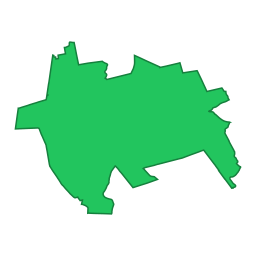 the district of Baneasa, Giurgiu, Romania
{"feature_id": "2599482B8826706360299", "entity_name": "Baneasa", "entity_type": "district", "adm_level": 2, "iso_a3": "ROU", "parent_name": "Romania", "parent_adm1": "Giurgiu", "projection": "natural_earth1", "projection_center": [26.067, 44.052], "detail": "fine", "context": "isolated", "style": "filled", "palette": "green", "viewbox_px": 256, "rotation_deg": 0, "n_neighbors": 0, "source": "geoboundaries", "source_scale": "gbopen_adm2", "svg_char_len": 5514}
<svg xmlns="http://www.w3.org/2000/svg" viewBox="0 0 256 256"><path d="M111.5,213.9L111.9,212.9L111.8,212.1L111.9,211.4L112.2,209.3L112.6,207.7L113.7,204.6L113.7,204.0L113.2,202.8L112.4,200.5L112.1,200.1L111.7,199.7L111.2,199.4L110.8,199.3L109.0,198.9L107.1,198.3L106.0,197.8L105.4,197.5L105.0,197.3L104.6,196.9L104.2,196.5L103.9,196.1L103.6,195.7L103.4,195.2L103.3,194.8L103.1,194.3L103.1,193.8L103.2,193.4L103.3,193.0L103.4,192.6L103.5,192.4L104.4,191.3L105.7,189.0L106.1,188.2L106.5,187.2L106.8,186.4L107.0,185.9L107.1,185.6L107.2,185.4L107.8,184.7L108.3,184.0L108.5,183.7L108.6,183.4L108.8,183.0L108.9,182.7L109.0,182.4L108.9,181.3L109.1,180.1L109.2,179.5L109.2,178.4L110.1,175.6L110.6,173.7L110.7,173.0L110.9,172.7L111.2,171.9L111.5,171.1L112.3,170.0L113.3,168.6L115.2,166.0L115.7,166.3L115.9,166.6L117.1,167.8L117.7,168.4L119.0,170.1L119.5,170.9L121.7,173.4L122.9,174.9L129.5,183.2L133.0,187.6L137.4,186.2L140.8,185.1L144.3,184.0L146.9,183.2L157.5,179.4L154.4,176.8L154.2,176.7L153.5,176.6L152.4,176.5L151.2,176.3L151.0,176.2L150.4,176.0L149.7,175.5L148.4,174.1L147.5,173.1L145.1,170.5L144.2,169.4L143.6,168.9L143.2,168.6L143.4,168.4L143.8,168.1L144.4,167.9L144.5,167.8L145.3,167.5L153.1,165.6L154.0,165.4L154.3,165.3L157.5,164.3L158.5,164.1L159.2,164.0L159.7,163.7L160.5,163.6L178.2,159.0L182.3,158.0L191.0,154.7L198.2,152.1L198.9,151.9L199.2,151.7L201.9,150.7L203.7,150.1L214.6,164.5L215.2,165.2L215.7,166.0L219.0,170.5L218.7,170.7L224.6,178.8L224.7,178.7L230.8,186.9L231.7,188.2L232.0,188.1L232.3,188.1L232.2,188.0L232.3,187.8L232.5,187.7L233.6,187.4L234.7,187.1L235.1,186.9L235.3,186.8L235.5,186.5L235.6,186.2L235.6,185.9L235.6,185.6L235.3,185.2L235.0,184.8L233.8,183.9L233.4,183.7L232.8,183.0L231.4,181.0L230.0,179.2L229.9,179.0L229.9,177.9L230.0,177.6L230.1,177.4L230.4,177.1L230.7,177.1L231.2,177.0L232.5,176.9L232.8,176.8L233.7,176.4L235.3,175.3L236.1,174.5L237.4,172.8L237.9,172.3L238.9,170.6L239.3,170.0L239.8,168.5L240.1,168.0L240.2,167.7L240.3,167.8L240.6,167.3L240.6,167.0L240.5,166.8L240.3,166.7L240.1,166.6L239.6,166.5L237.1,164.3L236.6,163.5L236.8,163.4L237.0,162.9L237.7,162.2L237.8,161.7L237.7,161.4L237.6,161.0L237.4,161.0L237.3,160.7L236.6,159.6L236.0,158.2L235.9,158.0L235.7,157.8L235.0,157.3L234.8,157.1L234.6,156.9L234.4,156.6L234.3,156.4L234.3,156.1L234.3,155.7L234.3,155.4L234.6,154.5L234.7,153.4L234.7,152.9L234.5,151.5L234.3,151.3L233.9,150.8L233.9,150.6L233.9,150.4L229.8,142.9L228.9,141.0L229.0,140.9L228.8,140.5L224.8,133.0L225.3,130.8L225.0,130.0L225.0,129.7L225.2,129.3L225.6,128.7L227.8,127.3L227.9,127.1L228.6,124.8L228.9,124.3L229.3,123.6L229.6,122.4L229.9,122.3L229.4,122.1L227.3,121.9L225.2,121.4L224.1,121.0L222.5,120.2L220.5,118.8L219.3,117.9L215.5,114.4L214.8,114.2L214.6,113.8L214.4,113.4L213.9,113.0L213.5,112.4L213.2,112.2L212.7,111.9L211.9,111.8L211.4,111.7L209.9,111.7L209.3,111.6L208.9,111.4L209.2,110.9L209.4,110.8L211.0,110.3L211.5,110.0L211.8,109.7L212.1,109.3L212.4,108.8L212.7,108.2L213.1,107.9L213.5,107.7L214.3,107.4L214.9,107.2L215.6,107.1L216.0,106.9L217.2,106.1L217.5,105.9L218.0,105.5L218.2,105.4L220.2,103.7L222.3,102.7L225.7,101.6L227.6,100.6L227.8,100.4L229.1,99.8L228.4,98.6L228.1,98.1L228.0,97.7L227.8,96.4L227.7,96.3L227.6,96.0L227.4,95.7L227.0,95.4L226.4,94.3L226.0,93.5L225.8,91.4L224.6,91.4L224.2,91.4L221.9,88.0L212.0,90.3L206.9,91.5L205.1,87.5L204.1,85.4L201.4,79.5L197.2,70.8L197.1,70.7L182.8,72.9L179.9,62.8L178.2,63.3L165.9,66.2L160.2,67.4L160.3,67.2L146.4,60.9L141.3,58.5L134.5,55.4L134.6,60.9L134.6,62.9L134.5,64.1L134.3,65.2L133.9,66.7L133.3,68.7L131.0,73.5L129.8,73.8L106.8,79.5L106.7,79.4L106.6,79.2L106.1,78.8L105.7,78.5L105.2,78.4L105.1,78.2L105.6,77.6L106.2,76.5L106.6,75.4L106.7,75.1L106.7,74.9L106.6,74.4L106.5,74.1L105.2,72.9L104.9,72.4L104.8,72.0L104.8,71.6L104.9,71.4L105.3,70.8L105.9,70.1L106.2,69.6L106.5,68.9L106.6,68.7L106.6,67.5L106.8,66.4L107.2,65.6L107.5,65.0L107.5,64.9L107.5,64.6L107.4,64.4L107.2,64.1L106.8,63.8L106.2,63.5L105.1,63.1L103.8,62.4L102.7,61.7L102.3,61.3L89.2,63.0L87.8,63.2L78.6,64.8L76.6,55.1L75.3,48.4L74.7,45.4L74.1,42.5L72.9,42.5L71.8,42.3L70.7,42.2L70.2,42.1L69.9,42.2L69.6,42.2L69.5,42.4L69.4,42.7L69.3,43.1L69.3,44.7L69.2,45.2L69.0,45.7L68.6,46.1L67.3,46.6L66.6,47.0L65.9,47.3L65.3,47.4L64.4,47.5L65.5,53.8L58.1,55.2L58.4,58.6L55.9,59.0L55.6,57.0L54.3,57.1L53.8,56.5L53.8,55.5L52.8,55.1L48.9,82.5L48.6,83.8L46.9,95.3L47.0,95.4L47.8,95.1L47.8,95.3L47.1,95.7L46.8,95.9L46.6,97.3L46.2,99.6L45.9,99.8L38.4,102.0L36.1,102.8L34.0,103.4L29.8,104.7L27.6,105.5L21.7,107.3L18.7,108.3L18.3,108.2L17.6,113.1L17.5,113.7L15.4,128.9L17.7,128.8L24.8,128.5L27.0,128.4L36.9,128.0L37.3,127.9L37.8,128.0L38.4,128.2L38.8,128.2L39.2,128.7L41.3,134.3L41.7,135.1L42.3,136.4L44.6,141.7L45.0,142.6L45.4,143.4L46.1,145.2L46.2,145.9L46.4,147.2L47.2,151.4L47.6,153.9L48.1,156.8L49.4,164.5L49.7,165.6L49.8,166.2L50.1,166.4L50.2,166.7L50.4,167.1L52.3,170.1L52.8,170.9L53.9,172.5L57.0,177.0L57.3,177.5L57.8,178.3L58.7,179.6L60.4,182.3L61.0,183.4L61.8,184.5L62.6,185.4L63.2,185.8L63.6,186.4L64.0,186.8L65.3,188.4L66.3,189.5L68.2,191.5L70.4,194.0L71.3,194.8L73.7,197.1L74.6,197.6L75.0,197.8L76.1,197.6L76.6,197.4L77.8,197.1L78.0,197.6L78.4,198.3L79.9,200.2L80.1,200.6L80.4,200.6L81.9,200.2L82.3,200.0L82.5,200.0L82.3,200.8L82.1,201.9L81.8,203.0L81.7,203.3L81.7,203.8L81.5,204.2L81.5,204.3L81.9,204.2L82.2,204.3L85.3,205.5L86.4,206.2L87.4,207.0L87.7,207.3L87.8,207.5L88.0,207.9L87.8,213.2L88.2,213.1L88.4,213.1L91.9,213.3L94.7,213.4L103.0,213.6L109.2,213.8L111.5,213.9Z" fill="#22c55e" stroke="#15803d" stroke-width="1.5"/></svg>